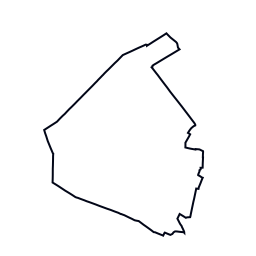 Berveni, Satu Mare, Romania, rotated 280°
{"feature_id": "2599482B34998434361639", "entity_name": "Berveni", "entity_type": "district", "adm_level": 2, "iso_a3": "ROU", "parent_name": "Romania", "parent_adm1": "Satu Mare", "projection": "mercator", "projection_center": [22.481, 47.774], "detail": "fine", "context": "isolated", "style": "outline", "palette": "ink", "viewbox_px": 256, "rotation_deg": 280, "n_neighbors": 0, "source": "geoboundaries", "source_scale": "gbopen_adm2", "svg_char_len": 3159}
<svg xmlns="http://www.w3.org/2000/svg" viewBox="0 0 256 256"><g transform="rotate(280 128 128)"><path d="M214.4,165.1L215.6,163.6L215.8,163.3L217.1,162.8L217.9,162.5L219.3,162.0L220.3,161.3L221.1,160.3L224.5,154.1L226.2,151.7L226.9,150.7L227.9,149.4L225.7,147.1L222.8,143.9L220.0,140.8L217.1,137.6L215.4,135.8L213.4,133.6L212.4,132.5L213.2,132.4L213.2,131.0L211.0,127.8L208.8,124.5L206.5,121.2L205.0,119.1L203.4,116.8L201.1,113.4L198.9,110.2L195.8,108.1L192.5,105.9L189.6,103.7L186.3,101.4L182.3,98.6L180.0,96.9L177.7,95.3L175.8,94.1L175.3,93.7L173.2,92.3L170.0,90.1L168.8,89.4L166.7,87.9L163.4,85.7L160.1,83.4L156.2,80.7L152.9,78.4L149.5,76.1L146.1,73.7L142.4,71.2L138.3,68.3L136.7,67.1L134.9,65.9L133.7,65.1L130.9,63.3L128.6,61.5L125.3,59.2L121.9,57.0L118.9,53.8L116.9,51.6L114.2,48.7L111.5,45.8L108.5,47.3L105.7,48.9L103.2,50.2L101.1,51.3L100.5,51.7L97.8,53.4L95.1,55.1L92.5,56.8L90.0,58.4L89.8,58.8L87.3,59.1L84.3,59.6L80.4,60.2L77.8,60.6L74.9,61.0L70.8,61.7L69.1,62.0L65.3,62.6L61.2,63.2L59.9,66.5L58.6,69.7L56.9,73.6L55.4,77.0L53.9,80.9L52.4,84.6L50.8,88.3L50.6,89.4L50.5,90.7L49.9,93.8L49.2,97.7L48.7,100.0L48.4,102.0L48.1,103.8L47.8,105.5L47.1,109.4L46.3,113.4L45.6,117.4L44.9,121.3L44.3,125.2L43.5,129.2L43.2,130.9L42.8,133.2L42.0,135.9L42.1,136.6L41.9,137.1L41.5,139.5L40.6,142.6L40.0,144.7L39.2,147.7L38.3,150.5L38.2,152.5L38.2,153.3L38.2,154.7L36.8,157.5L35.4,160.2L34.3,162.6L33.1,165.1L31.5,168.4L29.9,171.4L30.0,172.5L30.0,172.8L29.4,175.4L28.7,178.7L28.4,180.3L28.1,181.3L29.8,181.8L30.9,182.1L31.4,182.4L31.0,184.1L30.3,187.2L30.1,188.3L31.4,190.1L33.2,191.0L34.2,192.1L34.4,192.7L34.6,194.0L34.7,196.4L34.8,197.9L34.8,198.3L35.0,200.4L34.9,201.2L34.6,201.6L35.0,201.5L35.4,201.4L36.1,201.0L38.6,199.3L39.6,198.5L40.3,198.1L40.7,197.9L41.6,197.0L41.8,196.8L42.1,196.4L42.6,196.0L43.6,195.2L44.0,194.9L44.4,194.6L45.5,193.8L45.6,193.7L46.4,193.1L47.2,192.5L47.3,192.4L48.7,192.8L52.3,193.8L51.0,197.2L49.6,200.6L50.2,201.5L51.0,204.7L52.3,204.8L53.9,204.8L60.5,205.0L66.6,205.2L70.0,205.4L79.6,205.7L80.2,205.7L80.3,208.0L81.8,208.0L86.3,209.0L87.9,209.3L89.9,209.7L92.0,210.2L92.1,209.3L92.8,207.9L93.2,206.9L93.7,205.3L93.9,205.2L95.4,205.4L97.0,205.8L97.6,205.9L98.1,205.9L98.4,205.8L98.8,205.7L99.2,206.1L99.6,206.5L99.9,206.7L100.8,206.6L101.4,206.4L101.5,207.0L101.9,208.4L105.8,207.8L112.1,207.0L112.1,206.8L115.6,206.3L117.6,206.1L117.9,206.0L118.2,205.9L118.3,205.8L118.3,205.6L118.4,205.2L119.3,202.2L119.3,201.8L119.0,198.2L118.5,198.2L118.5,193.1L118.6,190.5L118.8,187.9L121.4,187.5L123.5,187.1L130.1,189.5L132.6,190.3L132.9,189.6L133.1,189.2L133.6,187.9L135.1,188.5L136.9,189.3L138.6,190.2L138.9,190.4L140.7,191.9L141.4,192.6L141.9,193.4L142.2,193.8L143.1,193.6L143.6,193.2L144.7,192.2L146.6,190.1L149.7,186.8L153.6,182.6L154.0,182.1L154.6,181.5L158.3,177.5L162.8,172.5L166.7,168.1L171.0,163.3L174.6,159.6L177.7,156.2L181.5,152.1L185.5,147.9L186.7,146.5L190.7,142.1L190.9,141.8L191.4,141.3L191.9,140.7L192.2,141.0L192.3,141.4L192.5,141.5L193.4,141.3L193.6,141.3L194.1,141.8L194.6,142.3L195.5,143.3L196.4,144.4L199.2,147.6L202.1,150.9L204.8,154.0L208.3,158.1L214.4,165.1Z" fill="none" stroke="#020617" stroke-width="2"/></g></svg>